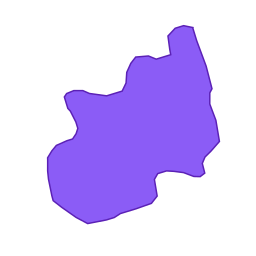 map outline of Rosoman (Robinson projection), rotated 343°
{"feature_id": "MKD-2907", "entity_name": "Rosoman", "entity_type": "Statistical Region", "adm_level": 1, "iso_a3": "MKD", "parent_name": "North Macedonia", "parent_adm1": "", "projection": "robinson", "projection_center": [21.9, 41.493], "detail": "fine", "context": "isolated", "style": "filled", "palette": "violet", "viewbox_px": 256, "rotation_deg": 343, "n_neighbors": 0, "source": "natural_earth", "source_scale": "10m", "svg_char_len": 898}
<svg xmlns="http://www.w3.org/2000/svg" viewBox="0 0 256 256"><g transform="rotate(343 128 128)"><path d="M35.2,175.6L35.4,170.3L37.0,153.7L38.6,145.6L41.9,134.9L42.4,133.0L48.5,127.6L54.4,123.7L65.8,122.3L71.8,122.3L76.7,118.3L79.9,113.7L79.9,107.0L77.8,95.0L76.2,91.7L76.2,85.7L76.2,79.7L79.4,77.1L87.1,76.4L95.7,79.0L101.2,83.7L117.0,91.0L133.2,91.0L139.3,84.4L143.1,74.4L149.6,67.0L156.1,62.4L168.6,65.1L175.1,70.4L182.8,70.4L190.3,70.4L190.9,65.1L193.1,51.7L202.3,46.4L211.1,46.4L219.4,50.9L219.2,51.1L219.2,64.4L220.8,91.7L219.8,115.0L216.5,118.3L213.2,129.0L214.3,146.3L211.5,167.6L200.7,174.3L193.1,178.3L188.7,183.6L188.2,193.6L182.8,195.6L176.8,193.6L168.1,186.9L159.3,182.9L152.3,180.3L143.1,180.3L138.2,184.9L136.0,201.6L128.4,206.9L112.1,207.6L95.7,207.6L88.7,209.6L80.5,209.6L61.5,207.6L52.2,198.3L41.3,184.3L35.2,175.6Z" fill="#8b5cf6" stroke="#5b21b6" stroke-width="1.5"/></g></svg>